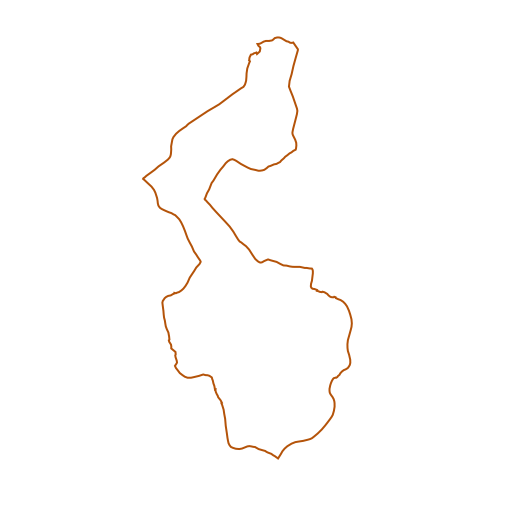 Kourweogo, Kourwéogo, Burkina Faso, rotated 158°
{"feature_id": "67063806B35388046796178", "entity_name": "Kourweogo", "entity_type": "district", "adm_level": 2, "iso_a3": "BFA", "parent_name": "Burkina Faso", "parent_adm1": "Kourwéogo", "projection": "equal_earth", "projection_center": [-1.825, 12.601], "detail": "fine", "context": "isolated", "style": "outline", "palette": "amber", "viewbox_px": 512, "rotation_deg": 158, "n_neighbors": 0, "source": "geoboundaries", "source_scale": "gbopen_adm2", "svg_char_len": 5236}
<svg xmlns="http://www.w3.org/2000/svg" viewBox="0 0 512 512"><g transform="rotate(158 256 256)"><path d="M268.8,403.9L270.7,403.2L272.1,402.5L276.0,401.7L280.3,400.7L284.3,399.3L288.0,397.2L289.8,395.5L291.4,393.0L293.6,389.5L294.7,386.5L296.2,383.4L297.1,381.8L298.2,380.4L299.2,379.6L301.6,378.4L306.1,377.1L312.8,375.6L317.6,373.9L322.3,372.7L327.6,371.4L329.7,370.6L331.2,370.3L331.8,369.8L330.8,367.9L328.6,363.1L326.9,359.5L325.8,355.5L325.6,352.4L325.8,349.5L326.0,346.8L326.6,344.0L327.3,341.6L327.6,339.4L327.4,338.1L326.9,336.5L325.8,334.9L324.1,333.0L322.4,331.2L320.5,329.3L318.3,327.4L317.0,325.6L315.6,324.1L314.4,321.3L313.4,318.8L312.8,315.3L312.5,311.0L312.5,305.8L312.7,301.1L312.8,297.7L312.4,293.2L311.9,288.8L311.8,283.4L310.9,279.7L310.4,276.9L309.9,274.6L309.5,272.8L309.4,271.6L309.7,271.1L311.4,269.7L315.7,267.7L318.9,265.3L321.4,263.6L325.5,260.8L329.5,256.9L332.8,254.5L335.6,252.9L338.1,252.0L340.9,251.4L342.9,251.6L343.6,251.5L344.2,251.5L345.5,252.4L345.8,251.8L347.3,251.8L349.8,251.4L352.4,251.9L354.6,251.7L356.5,251.1L357.9,250.1L359.2,249.3L360.3,247.8L361.0,245.2L362.4,239.8L363.5,236.3L364.3,233.4L364.7,230.3L365.5,226.9L366.0,224.5L366.1,221.7L365.9,217.9L366.7,214.0L367.6,210.9L368.4,210.5L368.6,208.9L368.0,205.7L368.4,203.9L369.2,202.0L366.6,197.2L367.3,194.9L368.1,194.1L368.5,192.3L368.7,188.8L369.1,186.9L369.8,186.2L372.3,184.5L372.2,182.2L371.4,179.4L370.5,176.0L368.8,173.1L367.2,170.7L365.1,168.8L362.0,167.5L359.1,167.0L353.8,166.2L350.7,166.0L349.3,165.9L347.5,164.5L345.6,163.6L344.1,162.4L342.5,160.0L342.5,159.5L342.7,158.3L342.7,156.7L343.2,153.8L343.3,151.1L344.1,147.4L343.5,147.4L343.9,146.6L344.2,144.9L344.1,142.1L343.8,141.0L344.0,139.6L343.8,138.6L343.0,136.0L342.8,134.8L342.6,132.6L343.2,132.5L343.2,130.3L343.6,125.6L344.6,121.5L345.6,116.6L347.7,109.8L349.4,102.7L350.6,98.0L351.2,95.1L351.6,92.7L351.4,90.5L350.8,88.4L349.3,86.8L347.0,84.9L343.9,83.3L341.1,82.7L337.7,82.7L335.3,82.7L333.3,82.2L331.8,81.3L329.9,80.0L328.5,79.3L325.9,76.0L322.6,73.4L320.5,71.8L319.6,70.4L318.5,69.2L317.3,68.1L315.9,66.8L314.7,64.8L313.6,63.5L312.6,61.9L312.0,61.0L311.4,60.0L307.1,63.1L304.6,65.1L301.6,66.7L298.2,67.9L293.3,68.7L289.3,68.7L286.1,68.0L281.4,66.9L276.4,66.2L274.3,66.0L272.4,66.1L269.9,66.8L265.3,68.3L260.0,70.5L258.1,71.5L255.6,72.8L251.8,75.0L248.8,76.8L246.3,78.4L244.4,79.9L241.8,83.2L239.6,86.8L238.3,90.1L237.8,92.0L237.6,94.2L237.9,96.7L238.4,98.6L238.7,100.0L238.8,101.6L238.4,103.3L237.6,105.3L235.6,108.3L234.1,110.1L232.5,111.7L231.0,112.9L229.9,113.5L229.3,113.6L228.3,113.4L227.5,113.4L227.2,113.1L226.0,113.3L224.9,114.0L223.0,114.6L221.9,115.6L219.6,116.7L217.4,117.3L215.4,117.3L213.0,117.7L211.3,118.7L209.8,119.9L208.6,121.6L207.5,124.5L206.7,129.4L206.4,133.5L205.6,136.5L204.3,139.9L202.3,143.6L199.5,147.2L195.9,151.9L194.0,154.5L192.4,157.6L191.2,161.5L190.6,166.2L190.3,170.4L190.5,175.2L191.2,178.2L192.3,180.9L194.1,183.5L195.9,185.1L197.2,186.5L197.7,187.0L197.6,187.9L198.8,188.9L199.4,188.6L200.4,189.0L201.8,189.8L202.7,190.8L203.6,192.5L204.1,194.1L204.9,195.1L205.5,196.0L206.4,197.0L207.8,198.0L208.5,197.8L210.2,198.8L211.7,200.3L212.6,200.9L212.1,201.6L213.3,202.7L214.3,203.6L215.1,204.0L215.5,204.3L215.9,204.5L216.2,205.1L216.5,205.6L216.6,206.2L216.6,207.0L216.3,207.8L215.3,209.7L213.4,212.1L211.3,215.9L209.8,218.6L208.9,220.8L208.7,222.1L208.8,222.9L208.9,223.4L211.0,224.4L213.4,225.9L215.3,226.7L216.9,227.8L219.4,229.5L222.7,230.8L226.2,232.3L228.6,233.7L231.2,235.6L234.1,237.0L236.4,239.5L239.1,242.8L242.8,245.6L244.6,247.0L246.1,248.3L248.9,248.3L250.8,248.2L252.5,247.9L254.0,248.1L255.1,248.8L256.3,250.4L257.8,253.5L258.9,258.6L260.0,264.6L261.6,268.9L263.3,271.7L264.6,274.1L265.7,275.5L266.4,277.9L267.2,282.5L267.9,287.1L269.4,293.2L271.8,299.7L276.5,311.8L278.4,317.0L279.5,320.7L280.8,323.9L281.6,326.2L282.2,327.3L282.3,328.1L281.2,329.0L278.0,332.5L274.5,335.3L269.8,340.3L267.3,341.8L261.4,346.3L256.5,349.4L253.0,351.2L249.3,353.4L246.7,354.4L243.9,354.9L241.6,354.6L240.0,353.2L238.6,351.5L237.1,349.3L235.6,347.1L233.2,344.2L230.6,341.1L228.2,338.6L224.3,336.0L221.9,334.2L220.5,333.6L218.0,333.0L216.0,332.8L213.1,333.5L210.9,334.3L208.8,334.1L205.0,334.2L202.4,333.7L201.2,333.9L198.5,334.1L196.7,335.1L193.7,336.1L191.7,337.1L189.2,337.7L186.4,338.6L184.3,338.8L182.0,339.5L179.4,339.7L178.5,340.9L177.2,343.3L176.3,345.9L176.1,349.2L176.5,354.1L176.4,355.6L175.9,357.0L174.0,359.9L168.8,366.9L165.0,372.1L163.3,375.0L162.8,377.2L162.1,390.1L162.1,396.5L162.0,400.7L159.2,405.8L154.9,411.2L150.0,418.3L144.7,425.2L140.4,430.7L140.0,431.3L139.7,432.0L141.5,440.0L142.8,440.1L144.4,440.9L145.7,442.6L147.3,443.7L150.5,448.0L151.4,449.0L152.8,450.0L154.5,450.7L157.0,451.0L159.3,450.1L160.5,449.9L161.5,450.1L162.6,450.4L163.0,450.4L166.3,451.7L168.6,451.9L172.1,451.4L173.5,451.5L175.2,452.0L175.0,450.0L174.0,448.0L174.2,446.8L175.9,444.2L179.4,442.9L179.4,444.5L180.2,444.5L182.1,444.7L183.5,444.3L185.3,444.6L187.6,442.5L188.4,441.2L188.7,440.4L189.1,440.1L188.7,438.8L190.0,437.5L193.8,433.2L196.3,428.9L197.8,425.6L199.4,422.4L200.5,420.9L202.1,419.0L204.3,417.5L207.0,417.1L217.2,414.8L233.4,410.4L246.8,408.4L267.3,404.2L268.8,403.9Z" fill="none" stroke="#b45309" stroke-width="2"/></g></svg>